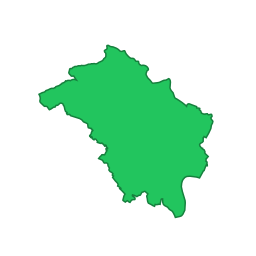 Duc Tho, Ha Tinh, Vietnam, rotated 123°
{"feature_id": "81297802B16083563480391", "entity_name": "Duc Tho", "entity_type": "district", "adm_level": 2, "iso_a3": "VNM", "parent_name": "Vietnam", "parent_adm1": "Ha Tinh", "projection": "robinson", "projection_center": [105.62, 18.488], "detail": "fine", "context": "isolated", "style": "filled", "palette": "green", "viewbox_px": 256, "rotation_deg": 123, "n_neighbors": 0, "source": "geoboundaries", "source_scale": "gbopen_adm2", "svg_char_len": 5818}
<svg xmlns="http://www.w3.org/2000/svg" viewBox="0 0 256 256"><g transform="rotate(123 128 128)"><path d="M182.3,105.1L182.2,102.6L182.4,101.4L183.1,102.0L183.4,102.0L183.8,99.4L185.0,94.6L185.3,94.5L186.5,94.5L187.8,94.2L191.3,93.0L191.5,92.5L191.6,89.9L189.9,89.3L189.3,88.9L189.5,87.0L189.4,86.1L189.3,85.8L187.2,85.8L186.5,85.7L185.2,84.6L184.4,83.4L184.2,83.3L183.0,83.9L182.8,84.2L182.6,84.8L182.6,87.2L181.9,87.8L181.6,87.8L181.0,85.8L180.7,83.2L178.5,82.2L178.0,81.4L177.7,81.2L177.1,81.1L174.9,81.3L174.1,81.2L173.5,80.5L172.1,79.6L171.9,79.3L171.9,78.7L172.3,77.0L172.2,75.8L172.4,75.5L172.8,75.4L174.6,75.3L175.3,74.9L176.3,73.8L178.7,71.7L179.7,70.4L179.9,69.9L179.7,68.0L179.6,67.3L179.5,64.6L179.2,63.1L177.3,63.6L177.0,62.8L176.5,61.9L175.9,61.4L175.3,61.0L175.3,60.5L174.6,59.9L174.5,59.5L173.4,60.0L169.9,61.3L169.3,61.3L168.6,60.4L171.3,58.5L172.6,57.0L173.0,55.9L173.1,55.0L172.8,51.7L173.7,49.0L173.7,45.6L174.0,44.8L174.7,43.4L176.0,41.2L177.2,39.6L174.0,36.4L172.5,35.3L170.5,35.0L166.0,35.6L159.5,39.3L157.8,40.6L151.6,47.9L148.2,51.3L145.1,52.9L142.9,53.6L141.1,53.8L138.4,53.4L136.6,52.3L134.7,49.8L131.8,43.8L130.9,40.8L122.9,41.4L122.3,41.0L118.0,42.0L116.4,42.2L116.7,41.1L116.5,40.9L115.3,41.8L114.8,42.5L114.2,42.7L113.5,43.2L113.4,43.7L113.4,44.6L112.4,45.0L111.4,45.7L111.2,45.7L110.3,45.4L108.2,45.2L107.4,49.3L106.9,50.2L106.1,50.4L104.9,52.1L105.0,53.6L104.4,54.4L104.8,54.7L104.6,56.1L104.3,56.8L103.9,58.0L103.4,58.4L103.0,58.9L102.0,59.0L100.9,58.6L99.6,57.9L98.4,57.7L98.0,57.8L97.2,58.4L96.3,58.9L95.5,59.6L95.1,59.3L93.7,59.5L93.6,57.2L88.5,57.5L83.5,58.2L82.9,58.4L80.5,59.5L78.5,59.8L77.9,59.8L76.1,60.5L75.2,63.0L74.8,63.6L74.5,63.7L74.1,64.1L72.7,63.8L72.4,63.9L71.5,64.7L71.1,65.4L71.8,66.5L72.4,66.9L73.0,67.5L73.2,68.1L73.1,68.5L72.8,69.1L73.8,70.5L74.6,70.9L74.7,71.7L75.3,72.4L75.2,73.3L75.5,73.9L75.6,74.4L74.1,76.3L73.9,78.1L73.5,78.3L72.8,78.2L72.5,78.6L72.8,79.5L73.8,81.3L72.7,82.1L74.3,89.5L74.7,90.3L75.2,90.8L75.6,90.9L76.4,91.1L77.2,91.0L77.9,90.7L77.5,92.8L77.2,96.2L77.1,99.5L77.1,102.7L77.3,104.5L77.0,105.5L73.9,109.4L73.1,112.2L72.2,113.8L71.4,114.7L66.4,117.4L65.1,118.6L64.4,119.8L64.4,120.2L64.5,120.8L64.9,121.0L67.0,122.1L68.6,124.0L72.7,126.6L74.2,128.2L76.8,131.4L77.0,131.8L77.0,132.4L75.9,135.5L75.3,138.4L74.4,140.3L73.3,142.0L72.2,142.6L69.7,143.2L69.3,143.1L68.5,142.7L68.0,142.7L67.3,143.2L67.0,143.6L66.4,144.9L66.2,146.3L66.3,147.4L66.7,148.7L67.3,149.8L68.1,150.5L68.3,151.0L68.4,152.8L68.1,153.7L67.8,154.2L66.6,155.3L66.5,155.6L66.6,156.0L67.6,157.5L67.7,157.8L66.8,160.2L66.7,161.2L67.3,162.5L68.0,163.5L68.0,165.0L67.8,166.5L67.0,169.5L66.4,170.8L65.2,172.5L65.1,173.0L66.0,174.1L66.6,174.4L67.0,174.7L67.5,175.5L67.7,176.0L67.8,176.9L67.4,178.8L67.4,181.0L68.1,184.6L68.9,186.3L69.3,187.5L69.4,188.2L69.3,189.2L69.5,189.6L70.0,190.3L70.3,190.5L70.8,190.4L72.3,189.1L72.8,188.8L73.7,188.9L75.7,189.9L76.2,189.8L77.0,188.9L77.2,187.8L77.8,187.0L79.6,185.8L80.3,185.5L81.2,185.4L83.0,186.0L84.3,185.9L85.9,186.3L89.2,188.4L90.3,188.7L91.5,189.6L91.8,190.0L92.4,191.5L93.3,192.5L94.1,193.8L94.9,194.3L95.9,195.8L97.1,196.7L97.7,197.0L99.4,198.6L100.3,200.0L100.9,201.2L101.9,201.8L102.2,202.5L102.7,203.3L103.7,204.2L104.5,204.7L105.2,206.0L106.0,206.3L107.0,207.1L108.8,207.5L109.2,208.3L109.8,208.9L110.4,209.0L111.3,208.6L113.6,207.9L114.2,207.4L114.7,206.3L114.9,205.2L115.3,204.1L115.2,203.4L114.0,201.8L115.3,198.9L115.9,197.4L116.3,199.1L116.9,200.1L117.6,200.9L118.9,201.8L119.8,202.2L119.9,202.9L120.6,204.0L121.3,204.8L122.1,205.1L122.4,206.0L123.5,206.0L124.6,206.4L125.4,206.9L126.3,207.7L127.2,207.7L127.7,207.9L128.2,208.4L128.8,208.4L129.8,208.8L132.6,211.0L133.2,211.1L133.9,211.1L134.2,211.5L135.4,212.1L135.6,212.3L136.1,213.4L137.3,214.5L139.4,215.7L141.3,217.2L142.7,217.4L143.5,217.8L145.1,219.2L148.2,221.0L149.2,219.4L149.9,218.6L151.2,217.5L153.2,216.7L154.0,216.0L154.2,215.6L154.4,215.0L155.3,210.3L155.3,209.9L154.4,208.5L154.1,207.4L155.2,204.9L155.5,203.9L154.1,203.0L151.0,201.7L150.4,200.8L150.2,200.6L149.6,200.5L148.9,200.7L148.4,200.7L148.0,200.5L147.4,199.5L147.1,199.3L144.3,198.5L143.6,197.8L143.2,196.3L143.3,195.6L144.0,194.8L144.2,194.2L144.8,193.1L146.8,191.1L148.1,189.4L148.0,189.2L148.2,188.5L148.1,188.0L148.2,187.5L148.4,187.3L148.8,187.3L149.0,187.5L149.3,187.4L149.8,186.2L149.3,185.7L149.1,185.2L148.4,184.4L148.5,183.8L148.9,183.2L148.9,182.7L146.4,173.7L146.3,171.2L147.1,168.6L146.9,168.0L146.9,167.2L146.7,166.9L146.7,166.6L146.5,164.2L146.8,163.8L147.6,163.2L148.3,162.5L148.9,162.2L149.0,161.6L149.4,161.2L149.1,160.7L148.9,159.8L148.7,159.6L148.8,158.9L148.3,158.4L148.8,157.9L148.8,156.9L149.1,156.2L149.4,156.2L150.0,156.6L150.3,156.2L150.8,156.4L151.9,156.2L152.6,155.7L154.2,155.9L154.7,155.5L155.0,155.9L155.2,156.0L155.8,155.6L155.8,155.0L156.2,154.2L156.2,153.9L155.8,154.0L155.5,154.5L155.2,154.4L155.2,153.1L156.1,152.4L156.4,151.9L156.5,150.3L156.4,150.0L155.6,150.1L155.3,149.8L155.0,149.2L155.0,148.4L155.4,147.7L155.9,146.1L156.1,145.9L156.8,145.9L156.8,145.7L156.3,145.0L156.4,144.0L156.0,143.4L155.7,142.3L155.1,142.1L154.8,141.5L155.1,140.8L155.0,139.9L155.3,139.2L155.9,137.6L155.5,137.3L155.0,137.7L154.8,137.8L154.5,137.3L154.6,136.8L155.5,136.0L155.8,134.4L156.4,133.9L156.7,133.9L156.9,134.2L156.7,134.9L156.9,135.1L157.3,135.2L158.3,134.4L158.5,134.1L158.4,133.5L158.5,133.3L160.6,133.3L163.1,133.0L163.6,133.5L163.9,134.4L164.8,135.4L165.3,135.3L167.2,135.8L169.6,136.0L169.6,135.4L169.4,134.8L169.0,132.0L169.1,131.5L170.0,129.8L170.3,128.9L170.1,128.4L169.1,127.3L168.9,126.9L169.1,125.3L170.2,124.5L170.8,123.8L171.7,121.8L173.1,121.4L173.8,120.9L174.3,119.2L174.1,117.4L174.6,115.7L176.0,115.6L176.2,115.3L176.2,114.0L177.8,114.0L179.3,109.7L179.9,107.0L180.7,105.6L181.1,105.4L182.3,105.1Z" fill="#22c55e" stroke="#15803d" stroke-width="1.5"/></g></svg>